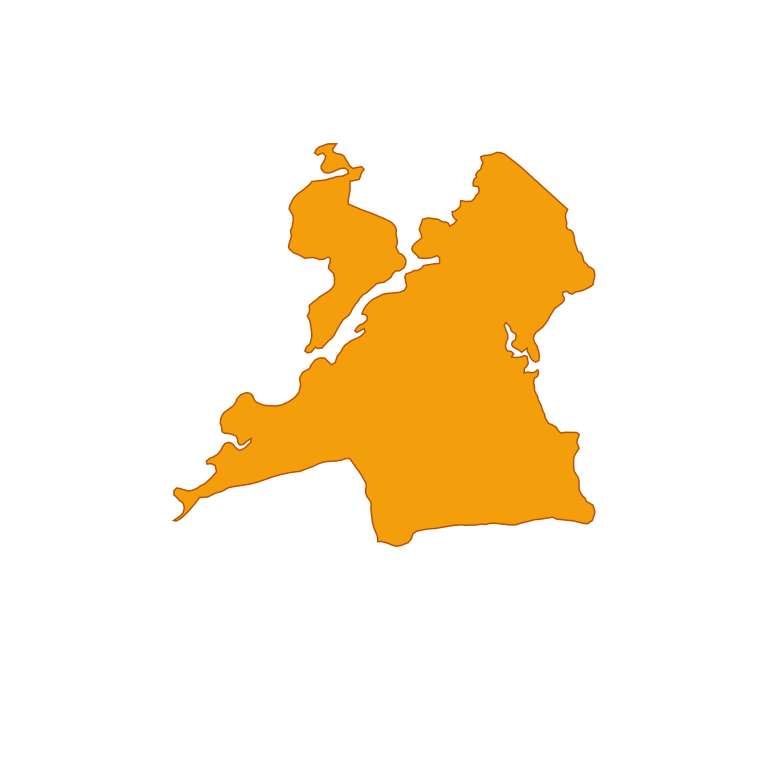 Kisauni, Coast, Kenya (Equal Earth projection), rotated 55°
{"feature_id": "3690345B29559403317261", "entity_name": "Kisauni", "entity_type": "district", "adm_level": 2, "iso_a3": "KEN", "parent_name": "Kenya", "parent_adm1": "Coast", "projection": "equal_earth", "projection_center": [39.676, -3.982], "detail": "fine", "context": "isolated", "style": "filled", "palette": "amber", "viewbox_px": 768, "rotation_deg": 55, "n_neighbors": 0, "source": "geoboundaries", "source_scale": "gbopen_adm2", "svg_char_len": 6171}
<svg xmlns="http://www.w3.org/2000/svg" viewBox="0 0 768 768"><g transform="rotate(55 384 384)"><path d="M348.3,136.8L346.4,133.4L283.5,147.7L266.1,153.0L263.7,154.1L261.4,155.9L259.1,158.5L258.3,162.5L257.0,166.2L254.2,171.1L253.4,174.4L256.2,175.6L259.5,175.8L261.5,179.3L263.4,181.2L263.8,185.6L265.3,188.9L267.6,189.5L267.9,192.8L270.2,195.6L273.0,197.3L276.5,193.5L279.9,195.0L281.9,197.2L282.3,200.6L284.0,203.9L284.5,207.6L281.1,212.7L277.7,216.0L282.2,219.6L283.0,223.3L283.1,226.5L281.9,229.4L285.4,231.2L289.2,231.3L291.5,230.3L292.8,234.6L292.5,239.5L289.2,239.1L286.7,240.5L284.9,243.0L280.4,245.0L273.4,252.4L271.2,257.8L277.7,266.6L283.5,267.9L285.9,269.4L286.7,278.2L287.5,281.4L289.3,283.8L292.4,284.3L297.6,283.1L300.5,283.3L304.8,278.2L306.9,274.6L308.3,271.4L309.3,266.8L312.5,266.1L317.2,269.4L314.8,273.1L309.6,283.8L310.7,286.7L310.4,290.9L308.3,294.4L307.8,298.8L306.5,302.6L308.0,305.4L317.0,309.4L319.0,313.5L317.8,318.8L311.3,330.1L309.8,333.8L308.3,344.5L308.7,349.5L309.8,354.5L311.9,358.9L314.0,362.0L316.6,359.5L319.0,358.9L322.0,361.3L322.6,366.4L321.7,370.1L322.3,374.0L323.7,377.4L326.1,376.9L327.3,368.4L330.4,369.4L331.5,374.9L331.2,378.8L329.7,385.9L329.9,393.8L330.9,397.1L332.9,400.8L334.3,406.1L338.5,411.8L338.0,416.0L329.1,417.7L326.8,420.0L325.5,422.7L324.8,426.7L326.8,433.2L328.7,436.0L327.8,443.9L330.8,449.9L337.1,452.9L341.9,458.3L343.9,464.6L343.9,471.7L342.4,480.0L339.8,485.5L333.8,493.2L331.3,495.5L326.0,498.8L323.7,499.5L317.9,498.3L315.4,498.8L312.7,500.8L311.4,503.9L310.7,507.8L311.7,512.5L314.0,516.2L315.4,519.7L315.7,531.8L317.2,535.3L319.0,537.8L322.2,540.6L325.5,541.4L330.2,543.9L332.6,543.0L336.8,538.3L341.6,535.1L344.8,535.4L348.0,537.2L351.3,537.2L352.8,534.0L352.2,529.5L352.4,524.2L355.3,526.5L356.4,533.4L356.4,536.8L355.7,540.2L353.4,541.4L350.1,542.2L347.4,542.2L345.0,542.9L342.7,544.7L341.6,548.5L342.4,551.4L344.5,555.1L346.2,560.3L345.8,565.8L345.0,569.4L345.4,573.8L348.1,574.9L350.1,571.3L353.9,569.0L359.9,571.6L361.7,579.0L362.9,587.5L362.2,592.8L362.2,597.2L361.4,601.3L359.5,605.6L352.3,611.4L350.2,613.6L351.0,617.2L354.3,619.7L359.9,618.4L362.2,618.4L364.6,617.2L367.6,617.2L371.4,618.9L374.4,622.8L375.2,626.5L375.1,634.6L377.0,633.0L377.5,629.2L377.5,626.0L376.0,617.0L373.6,607.4L371.2,600.3L375.5,593.1L376.7,584.5L378.4,580.3L379.3,576.4L379.6,571.4L381.2,567.3L389.1,551.3L392.0,543.3L396.6,527.1L399.0,520.3L403.0,511.0L407.3,502.9L410.7,489.7L411.9,482.7L412.8,479.9L414.2,476.2L419.8,466.9L421.7,463.0L423.3,457.8L425.4,454.8L444.7,454.7L454.9,455.7L457.8,457.3L460.0,459.8L463.1,461.6L466.6,462.5L472.3,462.4L474.9,463.2L479.0,466.5L489.9,472.4L496.3,474.8L504.4,476.6L507.4,478.0L509.5,479.7L511.7,476.3L516.7,472.1L520.9,469.6L524.2,466.6L526.2,462.3L527.8,454.9L526.5,450.4L523.4,446.5L523.3,441.5L527.1,432.7L531.8,424.7L539.8,407.9L544.2,400.8L546.1,398.8L552.0,389.8L554.6,384.8L557.3,381.3L558.8,377.6L561.2,373.5L570.9,362.5L573.6,358.9L575.2,356.2L576.3,352.0L580.2,342.3L581.0,339.4L584.9,332.5L589.9,322.1L593.6,320.2L604.8,307.3L613.0,300.1L615.2,297.4L615.3,291.8L612.3,287.5L609.6,284.5L603.1,282.3L596.2,285.6L592.9,284.8L590.2,285.4L586.4,285.5L582.6,284.8L575.4,280.0L572.1,278.7L564.5,278.2L562.1,277.1L553.2,271.0L551.5,268.2L548.5,261.0L542.8,259.7L540.4,257.6L539.0,255.0L537.2,253.0L534.2,254.0L527.4,263.4L525.9,266.8L523.6,267.9L517.6,267.9L513.8,269.7L510.6,271.8L504.3,271.4L500.7,269.8L497.4,269.4L490.9,267.5L485.6,266.7L482.9,265.6L475.5,264.4L473.1,262.6L468.1,260.4L465.8,257.8L465.6,253.6L463.0,250.6L460.6,250.0L460.7,253.8L459.6,256.7L456.9,259.0L455.2,263.0L451.8,259.9L451.2,256.7L449.8,253.9L443.5,251.1L441.4,252.7L440.3,256.5L438.0,260.9L435.0,264.2L433.7,260.4L430.4,261.0L427.8,263.8L424.3,263.7L421.6,261.9L419.5,259.4L417.9,256.7L414.7,254.4L404.9,251.9L403.6,248.9L407.6,248.1L410.9,248.2L413.2,249.2L415.6,248.7L417.9,247.5L420.3,248.0L423.1,250.9L423.2,254.9L425.2,257.0L427.5,257.0L434.1,253.8L436.9,253.1L436.7,246.2L440.0,248.0L442.9,248.0L446.2,248.9L450.0,248.7L453.0,247.3L453.6,243.6L450.3,240.8L446.7,238.9L441.1,237.0L435.5,236.7L432.2,235.4L430.4,233.1L429.0,230.4L428.4,221.5L427.3,217.7L425.7,213.1L423.4,209.0L420.0,200.6L419.8,192.4L418.9,188.4L416.3,186.8L413.6,186.8L411.4,184.6L413.2,180.7L415.6,180.4L418.3,178.4L418.6,174.0L420.7,169.5L421.8,165.1L422.5,160.6L422.5,155.6L419.5,153.0L416.4,149.4L413.2,147.5L410.9,146.8L408.0,147.5L404.9,149.2L401.9,149.2L398.7,150.1L392.9,148.0L389.2,147.5L386.6,149.1L376.6,146.1L372.4,143.7L369.1,142.7L366.0,142.4L362.4,144.7L359.7,144.4L357.1,142.0L350.8,139.4L348.3,136.8ZM155.1,292.3L152.7,301.1L153.1,305.0L154.9,308.3L158.6,306.9L159.5,301.6L163.9,301.0L166.4,304.1L169.5,310.6L172.2,312.1L176.4,311.6L179.1,308.9L180.6,305.5L182.3,296.6L184.4,292.6L187.4,291.1L191.0,292.1L190.1,298.3L186.7,304.5L185.9,307.9L184.4,311.3L183.5,314.6L176.8,326.9L177.8,330.1L178.6,337.7L178.8,346.3L179.9,351.5L183.8,358.9L186.2,361.3L193.9,362.0L197.2,363.9L202.8,369.3L204.6,372.5L209.9,375.1L215.2,381.9L217.1,383.7L219.5,384.0L224.4,382.9L228.6,380.1L235.4,376.8L239.5,369.8L242.5,367.0L245.0,365.7L247.3,361.5L247.9,357.0L250.2,355.9L253.1,358.1L255.0,360.9L257.4,363.1L264.5,362.0L268.3,363.5L273.9,367.4L275.6,371.2L276.3,375.3L275.7,387.1L276.3,390.5L276.3,395.2L276.9,400.4L279.9,402.0L282.5,404.2L284.3,407.9L287.9,408.1L291.5,409.2L301.2,414.2L304.4,416.6L308.6,421.6L309.2,426.1L311.6,429.9L314.5,428.9L316.1,425.4L314.5,419.1L317.0,417.8L319.0,414.4L316.9,405.0L316.4,399.8L314.8,395.7L310.4,386.9L307.8,380.3L307.5,373.5L306.5,370.6L304.7,367.6L302.1,361.1L301.2,357.4L299.7,354.1L298.9,350.1L299.2,345.5L297.6,332.5L298.8,329.0L300.7,325.7L300.7,317.4L298.5,313.3L298.2,309.4L300.1,306.5L300.3,301.3L298.2,297.4L295.0,295.0L290.8,294.5L287.9,295.1L285.5,296.7L278.6,295.7L276.8,292.8L274.7,291.2L267.8,288.0L264.8,285.4L261.6,284.6L258.4,284.7L255.6,285.3L248.7,288.9L236.0,297.0L228.3,302.5L216.1,310.0L214.0,308.9L205.2,300.2L198.5,295.7L202.2,286.9L198.1,281.3L196.7,277.2L193.3,277.6L191.6,280.8L189.6,285.8L185.5,287.0L173.9,286.1L170.7,287.9L167.8,290.9L164.8,292.5L162.3,291.5L160.0,285.1L155.1,292.3Z" fill="#f59e0b" stroke="#b45309" stroke-width="1.5"/></g></svg>